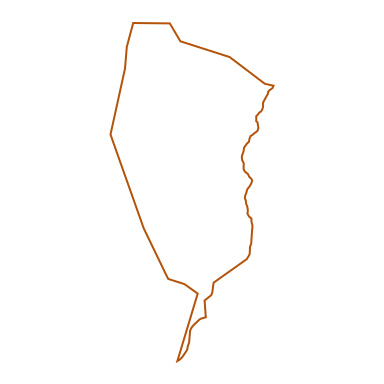 the district of Açu, Rio Grande do Norte, Brazil
{"feature_id": "56859067B3651056164535", "entity_name": "Açu", "entity_type": "district", "adm_level": 2, "iso_a3": "BRA", "parent_name": "Brazil", "parent_adm1": "Rio Grande do Norte", "projection": "natural_earth1", "projection_center": [-36.933, -5.592], "detail": "fine", "context": "isolated", "style": "outline", "palette": "amber", "viewbox_px": 384, "rotation_deg": 0, "n_neighbors": 0, "source": "geoboundaries", "source_scale": "gbopen_adm2", "svg_char_len": 1431}
<svg xmlns="http://www.w3.org/2000/svg" viewBox="0 0 384 384"><path d="M169.8,23.4L133.2,23.0L126.8,46.9L125.0,68.6L112.5,125.4L110.5,134.5L120.2,162.0L128.3,184.8L143.7,228.3L164.4,271.2L168.2,278.9L170.3,279.6L184.4,284.1L197.7,293.6L177.4,361.0L179.8,359.6L181.9,357.5L185.1,353.0L187.3,349.6L187.7,346.4L189.1,342.6L190.1,330.6L191.7,327.4L193.8,324.9L199.7,319.3L202.0,318.3L205.8,317.3L204.6,300.5L211.3,295.1L212.3,292.4L213.6,282.7L222.0,276.7L230.5,270.7L246.8,259.1L248.6,256.1L249.7,254.0L249.9,249.1L250.0,246.9L251.2,243.7L251.6,237.5L251.7,235.6L252.3,228.2L252.5,225.6L251.5,222.1L251.4,218.5L249.1,216.6L247.4,213.6L247.8,211.6L247.7,209.0L247.2,206.2L246.2,204.0L245.8,200.6L244.8,197.9L245.3,195.3L246.5,192.3L246.9,190.3L247.6,188.8L249.4,186.7L250.5,184.8L251.7,182.4L252.2,180.6L251.4,178.9L249.1,176.6L248.0,174.1L246.3,172.8L244.9,171.5L244.0,170.0L243.6,168.4L243.7,165.6L243.7,163.3L243.1,161.8L242.1,160.0L241.8,157.1L242.1,155.2L243.0,153.2L243.6,151.0L244.0,147.8L247.0,143.5L249.0,141.7L249.6,138.2L250.7,135.9L252.5,134.9L254.3,133.3L255.8,132.2L257.5,130.8L258.4,128.1L257.5,122.3L256.2,121.1L256.3,119.0L256.2,116.3L257.7,114.7L259.3,112.6L261.1,111.4L262.4,109.2L263.0,106.8L263.1,104.5L263.0,102.8L264.1,100.6L267.9,93.8L268.2,91.6L269.6,90.2L272.5,88.1L273.5,85.7L264.9,83.8L257.8,78.5L256.3,77.3L231.9,58.8L229.7,57.1L180.4,41.3L169.8,23.4Z" fill="none" stroke="#b45309" stroke-width="2"/></svg>